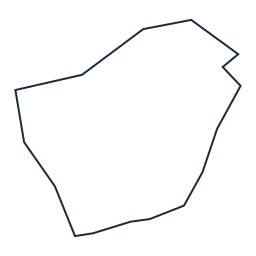 map outline of Praia (Robinson projection)
{"feature_id": "CPV-5053", "entity_name": "Praia", "entity_type": "state/province", "adm_level": 1, "iso_a3": "CPV", "parent_name": "Cabo Verde", "parent_adm1": "", "projection": "robinson", "projection_center": [-23.509, 14.947], "detail": "fine", "context": "isolated", "style": "outline", "palette": "slate", "viewbox_px": 256, "rotation_deg": 0, "n_neighbors": 0, "source": "natural_earth", "source_scale": "10m", "svg_char_len": 317}
<svg xmlns="http://www.w3.org/2000/svg" viewBox="0 0 256 256"><path d="M238.2,54.2L222.7,67.0L240.6,85.9L217.1,128.8L202.5,172.2L184.0,205.6L149.6,219.1L130.5,221.7L92.9,233.3L75.0,236.1L54.9,186.3L24.1,142.2L15.4,90.0L82.0,74.8L143.2,29.1L191.2,19.9L238.2,54.2Z" fill="none" stroke="#1e293b" stroke-width="2"/></svg>